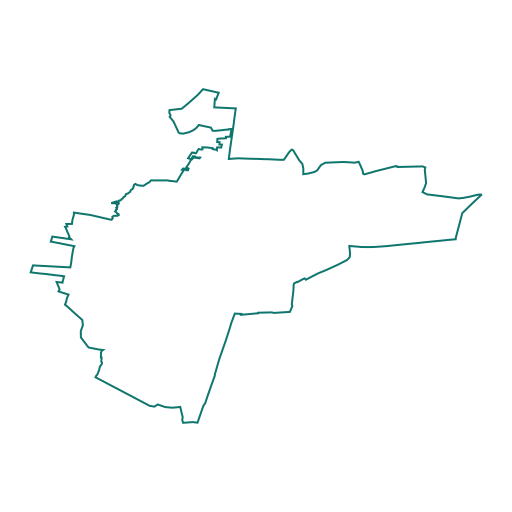 Limbaži, Limbaži, Latvia (Equal Earth projection)
{"feature_id": "27541924B93215456258482", "entity_name": "Limbaži", "entity_type": "district", "adm_level": 2, "iso_a3": "LVA", "parent_name": "Latvia", "parent_adm1": "Limbaži", "projection": "equal_earth", "projection_center": [24.717, 57.51], "detail": "fine", "context": "isolated", "style": "outline", "palette": "teal", "viewbox_px": 512, "rotation_deg": 0, "n_neighbors": 0, "source": "geoboundaries", "source_scale": "gbopen_adm2", "svg_char_len": 5729}
<svg xmlns="http://www.w3.org/2000/svg" viewBox="0 0 512 512"><path d="M308.3,173.5L303.3,174.2L303.3,168.3L303.0,167.1L302.7,165.5L302.4,164.0L299.5,160.6L298.5,159.1L293.1,150.2L291.7,149.6L289.2,152.1L288.4,153.2L286.6,155.8L286.1,156.6L283.8,159.8L280.5,159.8L278.0,159.7L275.5,159.6L268.3,159.2L265.8,159.2L262.8,159.1L260.4,159.0L258.0,158.9L255.6,158.9L252.7,158.8L248.8,158.7L246.1,158.6L240.6,158.4L238.1,158.3L236.4,158.4L235.7,158.5L233.3,158.6L228.8,159.0L229.9,150.2L231.7,137.7L233.4,126.0L233.8,123.3L234.3,118.8L235.4,111.2L235.7,108.9L235.8,108.4L233.9,108.3L214.3,107.4L214.3,106.7L214.9,98.9L216.0,99.5L216.7,98.0L216.9,97.3L218.3,93.8L218.7,92.7L218.3,92.6L217.2,92.4L203.0,89.2L197.8,94.9L188.6,103.0L181.8,108.7L169.5,110.1L169.3,112.2L169.4,113.0L170.5,115.1L170.3,116.0L169.9,116.6L169.7,116.8L173.5,121.5L177.9,130.9L178.5,132.5L180.2,133.4L183.4,133.6L189.4,132.1L193.5,130.1L196.4,127.9L198.2,125.8L198.7,125.0L210.9,127.6L212.6,130.7L214.4,130.9L221.9,130.2L225.8,129.7L228.4,129.6L228.5,129.2L231.4,129.0L230.8,133.1L230.0,136.7L227.7,136.8L225.9,136.8L226.0,137.8L226.0,138.2L223.1,138.5L222.3,138.4L219.9,138.6L217.4,138.9L217.3,140.3L217.2,142.0L219.6,142.1L219.5,143.0L219.4,144.5L221.9,144.6L221.2,147.5L220.0,147.5L218.4,147.4L217.1,147.4L216.9,150.2L216.1,149.6L214.3,149.5L212.6,149.0L212.7,148.2L210.9,147.9L210.7,147.9L208.2,147.6L207.7,147.5L205.2,147.4L202.3,147.3L202.5,149.3L201.3,149.6L198.7,149.0L197.6,150.5L197.1,151.5L196.6,152.4L196.0,153.3L194.9,153.1L193.6,152.9L193.7,152.7L192.0,152.5L188.1,158.2L191.2,159.2L193.0,156.2L195.1,156.5L195.7,157.4L194.2,157.0L191.9,159.4L190.7,160.2L189.2,163.1L187.8,165.2L186.2,167.6L187.8,168.1L188.6,168.6L188.0,170.2L186.5,170.2L187.0,169.3L185.2,168.9L183.2,168.5L182.1,169.7L184.0,169.9L181.5,173.7L179.3,177.4L176.8,181.6L168.5,180.7L167.9,180.4L150.9,180.4L150.4,181.0L149.5,182.1L148.1,182.9L146.3,183.9L144.8,185.0L143.4,185.8L140.9,185.6L137.6,185.2L135.3,183.9L133.9,185.0L133.8,186.2L133.3,186.9L133.3,188.2L132.2,189.2L130.9,190.0L130.6,190.5L130.3,191.7L128.5,193.0L127.6,193.7L126.6,193.8L126.0,194.1L125.5,195.1L125.3,196.1L124.6,196.6L124.0,196.8L123.4,197.3L122.9,198.1L122.6,198.6L121.8,198.9L120.8,200.2L120.3,200.4L119.1,200.5L118.7,201.2L118.6,202.3L118.8,203.6L118.2,204.1L117.5,204.3L116.8,204.1L116.3,203.5L116.7,203.2L117.8,202.6L117.8,202.3L117.4,201.5L116.8,201.3L116.2,201.5L116.5,202.2L116.1,202.3L115.2,201.9L114.5,202.0L113.1,202.5L111.2,203.2L115.4,203.2L116.7,204.3L117.0,205.4L117.4,206.0L117.1,206.5L117.3,207.0L116.3,207.7L116.9,208.3L117.0,209.1L115.9,209.7L115.9,210.7L115.1,211.5L116.4,212.3L117.2,213.6L118.4,213.9L118.8,215.0L117.5,215.8L113.9,215.8L112.4,216.7L112.7,218.3L112.2,218.6L112.0,219.4L111.1,219.8L109.5,219.4L96.9,216.5L90.5,215.0L73.9,212.6L73.9,214.8L72.3,220.5L72.0,223.9L66.4,224.0L67.3,226.5L65.1,226.8L65.9,228.3L67.7,232.6L69.4,236.3L69.0,237.2L71.1,239.3L67.0,238.7L53.1,236.7L52.3,236.6L50.9,241.3L50.8,241.7L51.5,241.7L74.4,246.2L73.5,247.8L72.8,251.4L71.9,256.6L71.6,259.4L71.0,263.8L70.3,267.4L51.7,266.4L33.0,265.4L30.8,272.0L30.7,272.3L33.5,272.7L40.2,273.5L45.8,274.0L53.7,275.0L61.5,275.9L64.1,276.3L63.8,277.1L63.1,280.1L62.7,281.4L62.5,281.6L62.4,281.7L62.5,281.9L62.5,282.6L56.6,282.0L58.9,287.6L59.1,288.2L59.6,289.4L58.5,291.4L66.6,294.0L68.5,294.6L66.9,298.3L66.8,298.8L66.2,301.6L65.0,304.7L67.8,306.9L73.1,311.8L82.3,320.0L82.9,325.1L80.8,331.2L80.9,337.4L86.6,345.0L88.6,347.5L99.3,349.6L99.7,349.6L103.0,350.0L101.8,350.8L101.4,351.6L101.2,352.2L101.0,352.7L100.9,355.4L101.0,356.2L100.9,357.2L101.4,357.1L101.7,358.3L101.3,360.5L101.3,361.8L102.0,362.7L101.9,363.7L101.7,364.3L100.3,366.0L100.0,366.7L99.7,367.5L99.6,368.1L99.1,369.8L98.8,371.0L98.4,371.8L98.1,372.6L97.6,373.9L97.0,375.0L96.2,375.7L95.8,376.8L95.5,377.3L95.9,377.5L149.8,405.9L151.4,406.1L154.5,406.6L157.7,404.5L165.3,407.1L172.2,407.7L177.1,407.3L180.2,406.9L182.7,417.2L182.4,418.8L182.2,419.9L183.1,422.8L192.9,422.1L197.5,422.7L203.3,406.0L205.3,403.0L206.6,398.9L211.6,384.5L214.8,375.8L214.8,374.5L219.5,358.4L225.5,341.4L229.1,330.3L230.5,325.8L231.0,323.8L233.9,316.0L234.2,315.2L234.8,313.6L241.3,313.9L241.0,314.8L256.7,313.4L258.1,313.3L258.2,312.7L271.8,312.4L273.8,312.9L274.2,312.9L280.3,312.5L289.9,311.9L290.9,309.5L292.3,306.2L291.8,304.2L293.3,291.5L293.5,288.7L293.6,286.7L293.8,284.0L293.9,283.6L295.8,282.5L296.8,281.9L297.1,282.1L297.3,282.2L303.0,279.1L304.6,278.4L305.4,279.2L305.9,279.7L306.3,279.4L306.8,279.2L318.0,273.4L326.3,270.0L331.1,267.8L337.7,264.8L347.0,260.0L349.6,257.4L349.9,255.3L350.0,254.5L350.1,254.0L349.3,246.0L358.3,246.7L360.9,247.0L366.7,247.1L373.7,247.0L378.4,246.7L381.3,246.5L386.7,246.1L395.5,245.2L414.5,243.3L415.1,243.3L426.2,242.1L432.2,241.5L439.5,240.8L451.5,239.6L455.7,239.3L455.8,237.5L456.0,237.0L456.0,236.9L456.5,235.2L456.9,233.4L457.4,231.7L458.3,228.2L459.2,224.9L460.1,221.4L461.2,217.2L462.3,213.1L471.8,203.9L481.3,194.9L481.2,194.6L480.4,194.6L478.7,194.6L477.0,194.9L473.7,195.7L469.3,196.8L465.9,197.4L463.3,197.9L462.0,198.0L460.8,198.2L458.6,198.4L442.8,196.3L427.1,194.4L422.5,192.1L424.7,187.2L426.1,183.0L424.8,170.0L425.3,167.5L422.6,166.4L397.5,167.0L396.7,166.4L396.8,166.3L395.9,166.0L395.5,166.4L394.6,166.4L376.3,171.0L374.5,171.5L366.9,173.7L366.2,173.8L365.1,174.2L364.2,174.3L363.4,173.9L363.0,173.4L363.1,173.1L362.9,171.8L362.1,169.4L360.5,165.7L358.7,161.8L358.1,161.9L356.9,162.2L356.0,162.4L354.8,162.7L349.3,162.3L343.4,162.0L332.8,162.4L329.2,162.6L325.4,162.7L324.0,163.4L320.9,165.1L320.7,165.5L319.7,166.8L317.2,170.4L314.0,172.2L313.6,172.2L311.9,172.6L308.3,173.5ZM195.7,157.4L200.1,157.6L199.6,158.3L198.4,158.2L195.5,157.8L195.7,157.4Z" fill="none" stroke="#0f766e" stroke-width="2"/></svg>